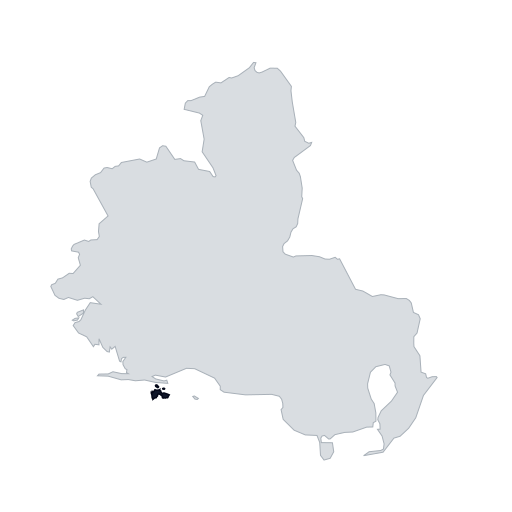 Venezuela, with Nueva Esparta highlighted, rotated 189°
{"feature_id": "VEN-48", "entity_name": "Nueva Esparta", "entity_type": "State", "adm_level": 1, "iso_a3": "VEN", "parent_name": "Venezuela", "parent_adm1": "", "projection": "robinson", "projection_center": [-64.068, 10.956], "detail": "fine", "context": "in_parent", "style": "filled", "palette": "ink", "viewbox_px": 512, "rotation_deg": 189, "n_neighbors": 0, "source": "natural_earth", "source_scale": "10m", "svg_char_len": 5021}
<svg xmlns="http://www.w3.org/2000/svg" viewBox="0 0 512 512"><g transform="rotate(189 256 256)"><path d="M448.4,185.7L453.9,193.8L453.3,195.7L450.0,197.6L448.0,202.2L443.7,204.1L437.8,209.7L433.9,210.1L428.0,219.4L431.3,226.5L430.5,230.1L431.9,232.0L438.9,232.2L439.6,234.1L438.7,237.1L437.5,239.0L428.0,244.9L423.5,244.2L421.6,246.0L415.5,247.3L413.8,250.8L415.4,255.5L416.0,263.3L408.4,272.4L427.4,296.9L429.5,298.2L431.5,303.8L430.8,307.2L427.4,311.1L422.6,314.0L419.8,319.1L416.9,320.1L411.7,319.7L409.1,322.5L405.8,323.5L403.6,327.3L386.1,333.6L378.5,331.6L369.7,336.2L368.2,347.7L365.5,350.3L362.2,350.3L351.3,338.7L345.8,340.4L342.1,338.8L331.3,339.2L326.3,332.6L315.0,332.2L310.8,327.7L308.8,327.7L308.0,329.1L312.3,336.4L325.5,350.5L325.5,363.3L331.7,381.0L330.6,386.6L334.2,388.3L349.9,389.6L349.7,395.9L347.7,398.8L344.5,399.3L336.5,404.1L331.7,405.6L328.6,415.9L325.9,418.9L323.0,421.4L317.7,421.5L310.5,428.1L307.9,428.0L301.8,431.3L292.0,440.9L288.7,446.8L286.3,446.9L287.3,441.7L286.0,439.0L283.7,437.5L281.5,437.3L278.8,438.6L271.5,443.7L264.4,444.8L260.7,442.4L247.6,429.1L247.3,424.6L244.3,413.9L237.6,394.1L237.8,390.3L227.3,380.4L225.8,376.9L221.5,375.6L218.8,376.9L219.5,373.6L233.6,359.3L234.8,356.2L229.4,347.1L226.3,344.5L224.6,341.4L221.0,330.3L220.1,321.7L218.9,320.0L220.4,299.2L219.9,294.6L220.9,291.1L223.7,288.7L225.2,285.0L225.6,280.0L227.2,275.9L230.2,272.7L231.2,269.5L230.0,264.4L227.4,262.4L218.9,260.8L216.6,262.3L201.0,265.2L193.2,265.2L187.3,263.8L182.9,264.3L177.6,267.1L175.0,265.5L173.0,266.3L152.5,238.7L145.0,238.1L134.7,234.2L126.6,237.3L123.3,237.6L108.9,236.1L100.9,237.5L97.6,236.1L95.3,233.9L91.7,224.9L86.3,223.4L84.0,219.7L84.9,205.1L87.5,201.0L86.5,194.4L85.8,191.2L78.5,183.1L74.8,167.1L70.0,166.2L68.6,162.7L67.2,162.1L63.2,164.3L59.0,165.1L58.1,164.3L68.8,144.5L72.9,121.2L78.3,109.7L85.5,100.5L91.3,97.7L99.8,82.1L118.5,75.6L113.6,80.4L102.4,83.4L99.9,85.3L100.1,90.5L103.3,97.9L108.9,103.8L106.3,104.4L107.4,109.7L110.1,113.3L110.2,115.6L108.1,122.7L99.5,133.9L94.9,143.6L98.3,149.4L98.8,152.3L105.1,159.5L104.5,162.4L107.2,168.3L111.6,169.1L120.3,165.4L124.8,159.1L125.8,147.3L125.0,143.0L119.8,132.7L116.2,128.7L113.1,119.8L111.7,111.6L114.1,109.7L113.9,105.4L119.9,104.3L132.9,97.3L141.0,95.6L150.1,91.9L154.1,87.0L155.5,86.6L160.3,89.5L162.6,88.5L163.5,86.3L162.3,81.9L151.3,83.5L148.6,74.8L151.1,67.8L156.9,65.1L161.1,69.2L163.9,81.8L167.7,88.3L179.3,87.0L191.1,89.9L203.6,98.9L207.2,108.2L205.7,110.6L206.5,114.6L208.3,118.6L211.0,121.1L218.9,121.8L244.7,117.2L266.3,116.5L270.4,118.4L270.9,121.8L277.8,128.9L298.9,135.1L307.1,134.2L326.4,122.3L336.8,122.6L339.8,120.7L335.9,118.9L327.3,118.2L324.7,119.4L323.2,116.4L335.6,115.4L346.6,116.1L355.6,113.9L362.7,114.0L369.8,112.6L383.2,114.2L393.8,112.9L392.6,114.8L383.5,116.4L379.2,119.3L370.1,118.8L363.7,119.8L365.7,120.6L365.7,123.6L367.5,124.2L370.3,127.8L371.0,130.9L368.7,135.6L371.3,135.1L372.8,133.6L372.8,130.3L374.3,130.8L381.0,144.7L383.9,141.4L385.9,143.4L385.8,138.2L388.1,138.3L393.0,141.8L398.1,149.7L397.2,143.7L401.3,143.6L402.4,141.0L410.6,149.7L419.2,152.2L425.7,158.7L424.3,161.9L420.5,163.6L419.0,165.6L416.1,175.9L412.4,184.0L401.6,184.1L410.8,190.3L414.0,187.7L418.6,187.5L425.5,184.3L434.8,185.7L439.0,183.0L444.0,183.4L448.4,185.7ZM336.3,99.9L337.3,104.2L334.3,108.0L330.3,108.1L327.2,105.6L325.5,106.2L320.2,104.9L321.8,102.5L325.7,101.4L328.6,104.1L331.1,104.2L331.7,102.0L335.1,98.7L336.3,99.9ZM423.7,172.4L417.9,175.8L417.6,172.5L422.1,168.4L424.1,170.8L423.7,172.4ZM296.5,107.4L295.0,108.1L290.6,106.3L291.6,105.1L293.9,105.1L296.5,107.4ZM424.9,166.1L421.3,167.2L422.3,164.8L426.0,163.4L427.4,163.9L424.9,166.1Z" fill="#d9dde1" stroke="#a8b0b8" stroke-width="1"/><path d="M336.4,99.8L336.5,100.4L336.9,101.7L337.0,102.3L338.0,104.2L338.1,105.1L337.2,104.9L337.2,105.1L337.2,105.6L337.2,105.8L336.8,105.4L336.5,105.3L336.4,105.5L335.7,106.3L334.9,108.1L333.2,107.8L332.6,107.9L330.7,108.6L330.2,109.0L330.3,108.0L329.8,107.9L329.1,107.9L328.5,106.6L327.9,106.1L327.2,105.7L326.8,105.3L326.0,106.1L325.4,106.3L323.2,106.0L323.1,105.9L322.8,105.8L322.1,105.8L321.8,105.8L320.6,105.4L320.0,105.3L320.7,103.6L320.8,103.2L320.9,102.5L321.1,102.2L321.5,102.1L322.2,102.1L322.5,102.1L322.7,101.9L323.1,101.6L323.4,101.5L324.0,101.7L324.8,101.3L325.5,101.2L326.1,101.3L326.4,101.8L326.4,102.2L326.4,102.7L326.6,103.1L327.6,103.5L328.7,104.2L329.3,104.4L330.5,104.6L331.0,104.4L331.4,103.7L331.5,103.4L331.4,102.4L331.6,102.1L332.0,101.7L332.3,101.1L332.3,100.9L332.3,100.6L332.6,100.3L332.9,100.2L333.5,100.2L333.8,100.1L334.2,99.7L335.0,98.7L335.4,98.3L335.5,98.9L335.9,99.2L336.2,99.4L336.4,99.8ZM332.6,110.6L333.2,110.9L334.0,111.2L334.7,111.6L335.0,112.4L334.6,113.0L333.8,113.1L333.2,112.8L333.2,112.2L332.4,112.1L332.0,111.9L331.8,111.7L331.8,111.3L332.0,110.9L332.3,110.7L332.6,110.6ZM327.0,110.0L327.3,110.1L327.4,110.5L326.8,110.9L326.0,111.0L325.5,110.7L325.6,110.2L326.0,110.0L326.4,110.0L326.9,110.0L327.0,110.0Z" fill="#0f172a" stroke="#020617" stroke-width="1.5"/></g></svg>